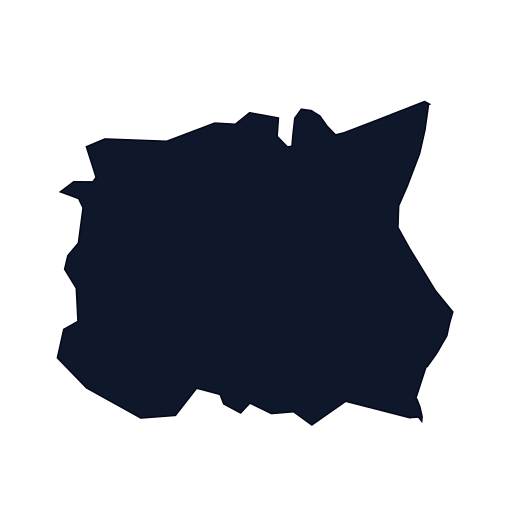 outline of Antrim, rotated 188°
{"feature_id": "GBR-2092", "entity_name": "Antrim", "entity_type": "District", "adm_level": 1, "iso_a3": "GBR", "parent_name": "United Kingdom", "parent_adm1": "", "projection": "orthographic", "projection_center": [-6.293, 54.687], "detail": "fine", "context": "isolated", "style": "filled", "palette": "ink", "viewbox_px": 512, "rotation_deg": 188, "n_neighbors": 0, "source": "natural_earth", "source_scale": "10m", "svg_char_len": 990}
<svg xmlns="http://www.w3.org/2000/svg" viewBox="0 0 512 512"><g transform="rotate(188 256 256)"><path d="M53.3,228.0L54.9,216.8L55.9,203.6L63.6,184.6L71.1,170.2L72.1,170.2L77.9,137.4L77.1,136.7L76.7,136.6L72.7,129.4L69.1,120.0L68.9,115.4L72.7,119.1L81.0,117.4L81.0,117.2L147.0,124.6L177.2,96.4L197.1,107.0L218.8,102.1L241.6,109.5L249.4,98.4L267.4,105.0L272.3,113.9L296.4,116.8L313.6,86.9L347.5,79.5L405.5,101.8L438.5,127.5L436.2,156.6L423.2,166.5L429.5,199.1L443.7,216.3L442.4,230.2L433.7,244.1L434.0,279.7L439.7,288.2L458.7,292.3L446.8,304.2L427.9,306.7L425.3,311.7L439.2,340.6L421.9,350.9L360.4,357.2L315.4,381.9L294.8,383.6L282.3,397.0L253.0,395.8L251.7,377.4L240.1,368.4L235.7,369.7L236.3,380.4L236.8,397.8L231.6,407.7L221.5,407.7L212.3,403.6L203.7,394.5L194.1,387.0L186.0,390.3L157.6,406.0L110.5,432.5L105.3,430.5L106.2,430.0L106.2,404.3L108.2,380.3L115.9,346.3L121.7,325.6L119.4,304.0L105.0,284.9L73.5,246.7L53.3,228.0Z" fill="#0f172a" stroke="#020617" stroke-width="1.5"/></g></svg>